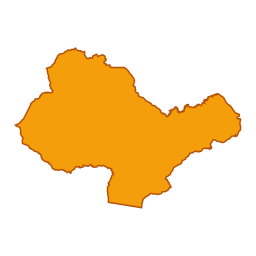 outline of West Gonja, Northern, Ghana
{"feature_id": "2480657B54445116346139", "entity_name": "West Gonja", "entity_type": "district", "adm_level": 2, "iso_a3": "GHA", "parent_name": "Ghana", "parent_adm1": "Northern", "projection": "mercator", "projection_center": [-1.753, 9.223], "detail": "fine", "context": "isolated", "style": "filled", "palette": "amber", "viewbox_px": 256, "rotation_deg": 0, "n_neighbors": 0, "source": "geoboundaries", "source_scale": "gbopen_adm2", "svg_char_len": 5800}
<svg xmlns="http://www.w3.org/2000/svg" viewBox="0 0 256 256"><path d="M22.4,140.1L22.4,143.2L23.7,144.0L28.4,145.7L29.7,148.2L30.1,147.8L31.4,149.2L33.3,149.8L34.1,151.0L37.6,152.1L38.7,152.9L38.4,153.2L38.6,153.5L40.3,154.1L41.0,155.0L40.9,155.6L41.5,156.8L41.2,157.3L41.7,158.3L42.5,159.0L42.4,159.5L45.4,161.7L46.5,161.6L47.3,162.4L48.0,162.1L48.5,162.3L49.1,163.9L49.8,163.9L51.5,166.0L52.5,168.6L54.4,169.1L54.7,169.9L57.4,169.8L58.0,170.4L61.0,169.4L61.8,170.0L62.8,169.8L63.5,170.2L64.0,170.1L64.4,171.0L65.2,170.9L66.9,172.5L67.6,172.5L68.7,171.6L70.1,172.8L70.4,172.6L70.6,173.2L70.9,173.1L71.0,171.7L73.0,169.6L74.2,169.4L75.7,166.9L78.1,166.7L78.7,167.4L79.2,166.7L80.2,167.8L81.1,167.2L82.8,167.2L83.3,165.2L83.8,165.2L84.7,165.9L85.6,165.7L87.3,166.1L87.8,165.9L87.9,166.2L89.5,165.7L89.7,164.9L90.3,164.6L91.4,165.2L91.6,166.0L92.5,165.8L92.7,166.0L92.4,166.6L93.9,167.2L97.0,166.9L98.4,165.3L101.7,166.1L103.4,165.4L107.3,167.6L107.8,168.3L108.9,167.8L110.8,168.9L111.5,168.8L111.8,169.7L111.3,170.4L112.6,171.7L112.6,172.6L113.1,173.3L112.6,173.3L113.6,174.2L111.6,176.0L111.7,176.7L110.9,178.1L110.0,180.9L108.2,183.1L108.6,183.8L109.2,183.8L109.4,184.7L108.7,185.0L108.7,185.8L107.5,186.9L107.6,190.4L107.3,190.8L107.8,192.5L107.8,195.0L108.4,197.0L108.4,202.3L141.6,207.7L141.9,203.9L143.2,199.1L146.4,196.4L149.1,195.0L150.0,193.7L151.5,193.4L153.4,194.1L156.0,193.8L157.3,194.5L161.3,193.6L162.4,191.8L165.5,191.6L167.9,190.2L168.7,189.2L168.7,188.3L169.5,187.9L169.8,188.0L170.1,187.4L171.0,187.1L170.6,185.8L169.4,184.3L169.1,182.8L168.1,182.2L167.9,181.0L167.2,180.4L167.1,179.6L165.4,178.9L165.9,178.3L165.9,177.4L166.6,176.6L167.6,176.4L169.0,175.0L170.0,174.8L170.5,174.3L170.5,173.0L172.7,170.3L173.5,167.7L177.6,165.2L179.8,164.4L180.9,163.6L181.5,163.0L182.3,160.7L185.5,159.1L186.2,157.6L188.3,156.1L189.4,154.5L189.7,153.3L192.9,152.7L194.4,151.5L196.1,151.2L196.7,151.2L197.2,151.8L198.9,151.5L199.7,151.8L200.3,151.2L201.6,151.0L202.5,149.0L205.1,148.1L205.6,148.4L206.2,148.1L206.7,148.6L207.5,148.3L208.8,148.7L209.1,148.2L209.8,149.1L210.2,148.2L210.4,148.6L211.1,148.1L211.3,148.3L211.6,147.8L210.3,144.2L213.2,139.8L214.5,139.8L217.7,141.5L219.6,141.4L221.0,142.3L223.0,142.6L225.3,141.5L226.7,140.0L229.9,138.5L231.6,136.2L233.6,136.0L234.8,136.4L235.4,134.8L236.2,136.3L237.2,135.7L239.0,131.2L240.4,130.1L240.6,126.8L239.8,123.3L240.6,119.4L239.9,118.7L237.8,118.8L237.1,117.9L237.1,117.2L239.3,116.1L239.4,114.7L238.4,113.8L237.0,113.7L234.9,112.3L230.2,105.6L228.0,104.5L225.8,101.9L224.2,98.5L222.3,96.5L220.6,95.8L219.4,94.5L217.8,93.7L216.5,93.9L216.8,94.3L216.6,94.8L214.7,94.6L214.7,94.9L214.3,94.7L213.6,95.1L213.3,95.8L212.2,95.5L212.3,96.5L211.9,96.0L210.8,96.0L209.8,96.7L208.4,96.7L207.8,97.5L208.2,98.2L207.4,98.8L207.7,99.0L207.4,100.2L206.5,100.5L206.9,100.0L206.7,99.6L206.0,100.1L206.0,99.6L205.7,99.7L205.7,100.1L205.0,99.8L205.2,100.3L204.3,100.4L204.6,100.6L204.1,101.2L204.4,101.6L203.8,102.1L204.5,103.1L203.0,102.6L202.2,102.9L201.7,104.7L200.7,105.6L199.3,104.4L198.4,104.9L198.3,104.5L197.8,104.5L197.7,105.0L197.1,105.0L196.9,105.7L196.0,105.7L195.8,106.9L195.3,107.2L194.3,106.9L194.2,107.3L193.9,107.1L192.6,107.5L188.2,106.3L188.4,104.6L187.2,104.7L187.5,105.1L187.0,105.6L185.8,105.5L185.3,105.9L185.8,106.4L185.7,107.1L185.1,106.9L185.0,107.4L184.6,107.0L184.4,107.5L184.8,107.4L185.0,108.1L184.0,108.3L184.5,108.4L184.5,108.8L184.1,110.2L183.8,110.2L183.9,110.9L183.0,110.7L182.8,111.0L183.3,111.1L183.3,111.5L182.6,112.0L182.3,111.9L182.5,111.0L182.0,111.4L182.1,111.9L181.3,111.7L180.3,112.5L179.0,112.5L179.3,111.6L178.7,111.4L178.8,111.9L178.3,111.9L178.3,111.2L177.5,110.7L177.5,110.3L178.0,110.6L178.1,110.0L177.4,109.7L177.2,108.8L177.5,108.5L177.1,108.4L177.0,107.7L176.3,107.0L175.6,107.0L175.8,107.3L174.8,107.8L175.2,108.2L174.2,108.6L173.9,109.4L172.9,109.3L171.8,110.0L171.9,110.7L171.3,110.8L171.0,110.1L170.8,110.7L170.1,110.7L170.4,110.9L170.0,111.6L171.0,112.4L170.5,113.0L169.5,113.2L169.3,113.8L170.0,114.3L169.9,114.6L168.8,114.5L168.2,116.0L167.6,116.0L167.6,116.5L166.2,116.4L166.2,115.5L165.6,114.3L164.1,114.3L163.9,113.5L163.3,113.1L162.5,113.7L162.0,113.4L160.7,112.1L160.7,110.6L158.2,108.4L156.9,107.8L155.6,106.3L154.2,105.5L153.5,105.7L152.2,105.2L150.7,103.2L146.2,100.9L143.2,97.7L140.2,96.9L138.4,95.9L138.6,94.6L137.7,92.8L136.8,92.9L135.8,91.9L135.3,90.7L135.6,89.5L135.1,88.2L135.2,87.2L134.9,86.6L134.1,86.5L133.1,85.1L134.0,83.5L134.5,81.0L133.6,78.1L132.6,77.1L131.5,75.0L130.3,74.1L128.4,71.1L126.4,69.0L124.0,67.5L111.3,67.5L111.0,67.1L109.9,67.0L110.2,65.6L109.8,65.1L106.1,65.1L106.1,64.0L104.3,63.5L104.0,62.1L104.3,61.1L105.6,61.0L105.5,60.3L106.2,59.7L106.1,59.0L105.1,58.5L105.0,56.4L103.5,55.1L101.7,55.0L97.8,56.5L96.9,54.5L96.2,54.3L94.1,55.5L93.3,55.6L92.8,56.3L92.4,58.2L90.1,57.6L89.2,58.0L88.7,58.7L87.5,58.3L86.8,58.5L85.6,56.4L84.6,55.3L84.6,51.6L82.2,52.0L80.7,50.7L78.5,50.8L76.5,49.8L75.5,48.3L75.0,48.9L74.6,48.7L73.7,49.9L72.9,49.3L71.3,49.5L70.4,50.5L68.5,50.0L68.6,50.3L65.0,51.7L63.7,53.3L59.2,54.2L58.8,55.0L57.6,56.0L56.6,58.7L55.8,59.3L55.3,60.6L55.3,61.5L54.9,61.7L54.4,63.2L52.4,64.7L51.8,66.4L46.5,68.4L47.1,69.3L47.7,73.5L48.7,75.9L48.3,77.8L48.9,78.5L49.4,80.8L50.5,82.3L50.5,83.6L49.7,84.9L49.7,85.6L51.0,87.3L50.6,88.4L51.4,88.9L52.9,90.9L52.4,91.0L52.5,91.6L51.5,92.8L49.7,92.8L48.2,92.3L47.6,92.6L47.2,92.3L46.9,92.8L46.0,92.9L45.2,92.3L44.1,93.2L42.4,93.2L40.8,95.1L41.0,95.4L39.9,96.2L40.0,97.0L39.2,98.2L38.0,98.5L37.4,99.2L36.7,98.9L35.1,99.0L34.8,100.5L32.8,101.7L30.9,103.6L30.4,105.5L23.3,119.4L21.9,120.1L21.1,121.6L20.3,121.9L20.2,122.7L18.3,123.9L15.4,125.1L16.6,126.3L18.1,126.5L20.2,128.1L20.8,131.1L20.5,132.4L20.7,134.4L21.1,134.7L21.8,136.5L22.8,137.3L23.0,138.0L22.4,140.1Z" fill="#f59e0b" stroke="#b45309" stroke-width="1.5"/></svg>